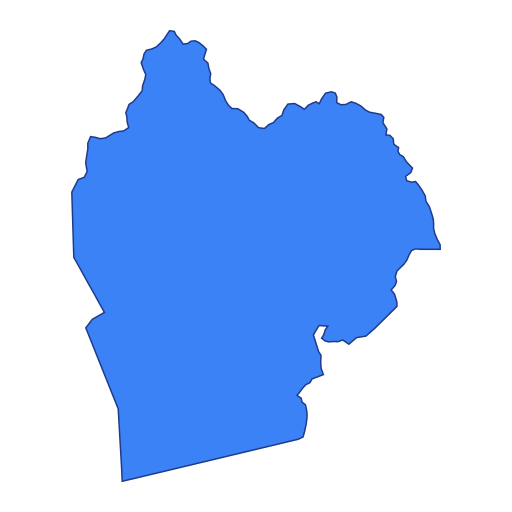 Caturama, Bahia, Brazil (Albers equal-area conic projection)
{"feature_id": "56859067B37674198334036", "entity_name": "Caturama", "entity_type": "district", "adm_level": 2, "iso_a3": "BRA", "parent_name": "Brazil", "parent_adm1": "Bahia", "projection": "albers", "projection_center": [-42.287, -13.232], "detail": "fine", "context": "isolated", "style": "filled", "palette": "blue", "viewbox_px": 512, "rotation_deg": 0, "n_neighbors": 0, "source": "geoboundaries", "source_scale": "gbopen_adm2", "svg_char_len": 2473}
<svg xmlns="http://www.w3.org/2000/svg" viewBox="0 0 512 512"><path d="M440.2,249.3L440.1,244.7L437.2,239.3L434.8,233.6L433.6,228.4L433.6,223.6L433.3,219.2L431.6,213.4L429.4,206.8L426.0,201.4L425.2,195.8L421.7,189.6L418.0,184.4L415.5,181.5L411.7,182.2L406.7,180.7L405.6,176.4L410.8,172.5L412.5,168.1L409.9,165.4L406.3,161.7L403.4,156.7L399.8,154.6L397.9,151.3L398.6,147.6L393.8,144.3L393.2,138.7L389.9,135.4L385.9,134.8L386.9,128.9L382.9,122.7L383.8,117.4L381.3,114.5L374.6,113.1L369.5,112.2L365.3,109.9L360.9,106.0L355.9,103.3L351.2,101.8L345.8,104.5L340.9,104.7L336.7,102.6L336.9,97.1L335.3,93.1L331.3,91.8L325.5,93.2L321.5,99.0L319.3,103.7L316.0,101.8L312.5,103.1L308.3,105.2L304.4,109.3L300.4,106.6L294.6,103.5L287.9,104.1L283.9,109.7L281.9,115.5L277.5,118.0L273.4,122.6L268.8,124.6L264.4,128.5L258.6,127.7L253.7,122.8L249.2,120.2L247.3,116.5L243.8,112.4L237.8,108.7L231.9,108.5L228.6,105.4L225.7,100.9L223.2,94.7L220.0,90.3L214.6,85.7L210.5,83.0L209.9,78.7L210.7,73.7L208.9,68.5L207.9,63.1L203.5,59.2L204.9,54.3L206.5,49.3L203.0,45.8L199.0,42.6L195.2,40.8L190.9,41.2L187.7,43.5L183.1,44.1L179.8,39.2L176.0,35.0L174.3,31.4L169.6,30.7L167.0,34.6L164.0,39.1L160.8,42.7L156.5,46.8L152.0,48.9L146.4,50.3L144.0,54.1L143.0,58.9L141.2,62.6L143.4,69.2L145.8,74.6L144.8,79.4L142.6,85.7L142.2,90.7L138.4,95.6L133.4,101.5L129.1,104.4L127.7,108.1L125.8,112.7L126.9,117.0L127.1,121.8L128.7,127.6L123.7,130.9L118.9,131.5L113.8,132.9L105.6,137.9L100.3,138.7L95.1,137.3L90.6,136.6L87.8,143.3L87.8,149.1L86.8,155.1L85.7,162.8L86.4,167.1L87.2,171.5L84.2,177.3L78.2,179.5L71.8,192.1L73.8,257.4L77.9,264.6L88.7,284.2L94.4,294.2L99.2,303.1L102.5,308.9L104.4,312.4L92.2,319.4L85.8,327.9L118.2,408.8L119.6,433.2L121.6,467.8L122.2,481.3L298.4,439.2L303.1,436.9L304.6,431.5L306.0,425.0L306.8,419.5L307.1,415.6L306.7,410.6L305.5,404.9L302.0,402.0L301.2,398.2L297.0,395.4L299.5,392.4L302.7,388.1L305.8,384.7L309.9,382.7L312.1,378.9L323.4,374.6L321.1,368.4L320.7,362.6L321.0,355.4L318.5,351.4L317.4,347.7L313.4,335.0L315.3,331.6L319.0,325.5L327.8,326.2L325.2,329.9L323.8,334.6L321.6,338.2L325.0,340.9L328.7,341.9L333.2,341.5L337.9,341.7L342.7,340.0L348.9,344.2L352.7,340.9L356.6,337.6L361.0,336.9L365.9,336.1L375.0,328.1L396.9,306.5L396.9,302.2L395.7,297.9L394.5,294.1L391.2,290.0L395.1,285.4L396.5,281.5L395.3,276.4L397.0,271.0L401.0,267.0L403.8,264.3L406.8,260.2L409.2,254.6L411.6,250.5L415.5,248.9L420.7,249.3L433.0,249.3L440.2,249.3Z" fill="#3b82f6" stroke="#1e3a8a" stroke-width="1.5"/></svg>